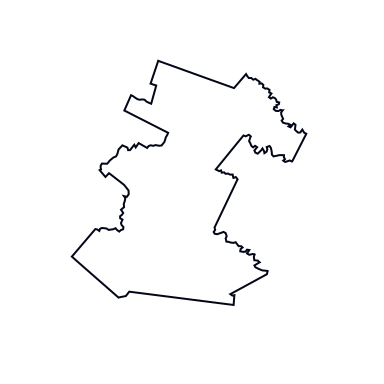 outline of Cainguás, Misiones, Argentina, rotated 310°
{"feature_id": "61730980B26117971223788", "entity_name": "Cainguás", "entity_type": "district", "adm_level": 2, "iso_a3": "ARG", "parent_name": "Argentina", "parent_adm1": "Misiones", "projection": "robinson", "projection_center": [-54.723, -27.156], "detail": "fine", "context": "isolated", "style": "outline", "palette": "ink", "viewbox_px": 384, "rotation_deg": 310, "n_neighbors": 0, "source": "geoboundaries", "source_scale": "gbopen_adm2", "svg_char_len": 4148}
<svg xmlns="http://www.w3.org/2000/svg" viewBox="0 0 384 384"><g transform="rotate(310 192 192)"><path d="M248.4,90.6L249.8,94.2L250.6,96.1L248.1,97.3L233.4,104.0L232.6,101.5L232.0,99.0L232.2,96.4L230.9,94.3L229.0,92.6L228.0,90.3L227.7,87.7L227.5,85.1L227.0,83.1L210.9,87.8L211.6,90.7L222.0,135.7L220.7,136.1L219.6,136.4L217.1,136.8L214.8,137.8L212.5,138.7L208.1,138.8L206.3,137.1L204.5,133.9L202.4,132.6L201.3,130.4L199.3,129.2L197.9,129.3L196.9,129.3L195.6,122.0L195.2,119.7L190.0,120.2L191.1,117.4L184.3,117.6L184.2,117.5L183.0,116.2L184.5,114.0L184.0,112.3L183.0,108.7L177.3,108.4L175.1,109.5L172.8,110.5L170.3,110.9L168.1,109.7L165.7,109.2L163.2,108.8L160.7,108.9L159.9,108.9L159.1,108.8L157.2,106.4L155.8,104.7L153.3,105.2L151.8,106.5L150.9,107.8L149.4,107.2L147.9,116.0L150.4,116.2L151.1,116.2L153.0,116.3L153.1,117.7L153.2,118.3L153.2,119.1L153.8,135.3L152.4,142.4L149.7,144.9L146.8,145.2L146.4,145.2L145.1,142.5L144.5,144.8L142.3,146.1L138.9,147.5L136.7,149.7L132.8,149.0L131.7,152.8L129.6,153.0L127.2,152.5L125.7,153.9L126.2,156.5L124.8,156.9L124.5,157.0L122.5,157.6L121.4,159.4L121.1,162.0L119.1,163.2L117.2,162.0L116.4,161.9L114.9,161.7L114.7,159.1L114.8,158.4L115.0,157.4L115.1,156.7L113.3,155.8L112.8,155.6L111.1,154.0L109.4,152.6L109.3,151.6L109.1,150.0L107.7,147.8L106.2,145.8L104.6,145.3L102.6,146.0L102.4,143.5L101.5,141.8L65.3,141.5L65.1,147.7L64.5,174.7L64.5,174.8L63.9,203.6L64.3,203.8L69.8,208.2L75.3,208.0L92.6,234.9L116.5,272.1L132.2,296.5L138.2,292.2L139.7,291.1L140.2,290.8L138.6,289.5L138.4,287.0L177.1,302.2L179.8,300.9L180.1,300.7L178.7,298.5L178.6,298.3L177.2,296.4L176.0,292.7L175.1,288.9L175.9,287.0L179.3,288.2L181.2,288.8L181.6,289.0L181.7,286.4L181.5,286.2L179.8,283.6L181.4,281.8L182.3,280.9L184.2,280.2L184.5,280.1L184.5,279.8L183.3,278.2L180.7,276.2L180.3,273.7L184.4,273.2L183.2,271.2L182.7,271.2L180.8,271.4L179.2,269.9L179.0,269.7L177.6,267.1L179.5,265.9L180.1,266.0L182.0,266.4L182.1,264.5L182.0,264.4L180.5,262.5L180.8,261.1L181.0,260.1L181.6,257.7L179.6,256.4L178.2,254.2L177.7,253.1L177.3,252.0L176.1,250.3L178.1,247.6L180.4,247.0L181.0,246.1L182.1,244.3L181.7,241.8L178.6,240.1L177.4,239.3L175.9,238.5L174.6,236.2L175.3,234.3L177.9,234.1L179.3,232.1L196.4,227.7L230.0,219.0L231.0,218.8L231.3,217.4L231.6,215.9L230.9,215.5L229.4,214.7L229.7,214.2L231.5,211.9L229.8,210.0L229.3,207.8L227.5,206.0L227.7,204.0L225.9,202.3L227.2,200.4L225.4,199.3L225.4,199.2L225.2,198.3L225.0,197.5L224.6,195.7L258.8,195.2L260.5,195.2L268.4,195.1L269.2,197.4L269.4,197.5L269.6,197.5L272.4,198.8L272.4,201.3L271.8,201.4L270.0,202.1L267.7,203.0L266.9,205.2L265.4,208.1L265.5,210.1L267.1,210.4L267.9,210.6L268.2,213.1L266.2,213.1L265.9,213.1L263.9,213.1L262.9,215.2L263.6,217.7L263.8,217.7L268.2,218.2L270.7,218.0L269.7,220.7L269.2,221.4L268.3,222.5L270.8,223.2L271.9,222.8L273.0,222.4L274.5,220.3L277.1,221.9L276.5,224.0L276.3,224.4L273.9,227.4L272.0,229.2L271.7,231.6L272.6,232.3L274.5,233.8L276.5,235.3L278.0,237.1L279.3,238.8L278.7,239.2L277.7,240.1L276.9,242.1L274.7,241.7L274.9,244.1L277.0,245.4L277.6,245.8L279.0,246.6L279.6,249.0L279.8,249.1L309.4,242.3L310.1,242.1L309.9,241.2L309.5,240.0L309.9,238.8L310.7,236.4L307.2,236.7L305.7,235.2L305.7,233.8L305.7,232.8L305.8,231.7L305.9,230.7L308.0,229.4L310.0,228.1L310.0,227.5L309.9,225.7L307.4,225.9L305.8,225.9L304.9,225.9L304.6,225.0L304.3,223.7L306.2,224.1L306.7,224.2L306.1,221.8L304.6,219.6L304.1,218.3L303.6,217.2L304.3,214.8L306.6,214.8L307.5,212.9L308.5,210.9L310.3,209.1L312.8,209.0L312.7,208.9L311.8,207.0L310.2,206.4L309.5,206.1L308.0,204.0L308.0,201.4L310.1,200.5L311.3,202.6L312.8,200.8L314.9,202.1L316.2,201.5L316.7,201.2L315.8,199.5L315.5,199.0L316.6,197.5L317.1,196.0L317.2,195.4L316.6,193.1L314.9,192.6L314.2,192.3L314.1,190.0L316.6,189.7L318.5,189.5L317.9,187.1L320.1,185.7L319.9,184.8L319.7,183.1L318.2,181.6L318.2,181.3L317.9,179.1L319.9,177.8L319.9,177.3L319.9,175.4L318.3,174.0L319.9,172.9L319.6,170.4L319.5,169.2L319.5,167.9L318.4,167.3L317.4,166.7L317.4,165.0L317.5,164.2L316.6,163.2L315.8,162.2L316.0,161.3L316.3,159.8L317.1,157.6L298.6,157.4L286.6,124.9L271.8,84.7L270.8,81.8L248.4,90.6Z" fill="none" stroke="#020617" stroke-width="2"/></g></svg>